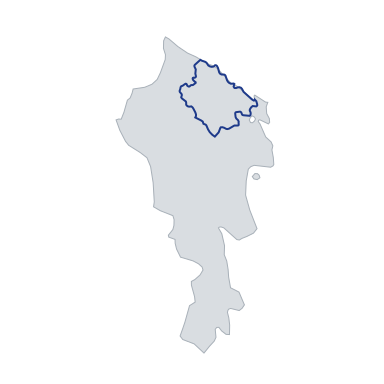 where Lori sits in Armenia, rotated 41°
{"feature_id": "ARM-1674", "entity_name": "Lori", "entity_type": "Province", "adm_level": 1, "iso_a3": "ARM", "parent_name": "Armenia", "parent_adm1": "", "projection": "natural_earth1", "projection_center": [44.445, 40.946], "detail": "medium", "context": "in_parent", "style": "outline", "palette": "blue", "viewbox_px": 384, "rotation_deg": 41, "n_neighbors": 0, "source": "natural_earth", "source_scale": "10m", "svg_char_len": 3656}
<svg xmlns="http://www.w3.org/2000/svg" viewBox="0 0 384 384"><g transform="rotate(41 192 192)"><path d="M172.7,228.4L170.0,224.2L156.6,210.5L144.1,200.0L135.6,195.7L127.0,196.2L113.6,198.3L108.7,197.4L97.1,192.8L87.4,187.4L88.7,185.1L90.8,183.5L88.3,176.4L83.0,165.1L83.6,161.5L81.9,156.6L80.0,152.9L87.6,144.0L91.1,136.9L91.9,129.9L89.9,122.7L84.9,109.6L81.9,105.8L76.2,102.3L71.4,96.5L70.2,92.4L74.2,91.6L86.0,91.5L97.4,90.1L106.4,87.4L119.3,85.1L124.6,83.1L130.9,82.1L149.8,84.3L156.9,82.6L178.1,82.3L178.7,81.5L175.8,78.7L175.8,77.7L188.5,75.9L190.4,74.6L192.1,79.0L196.9,83.8L202.1,85.8L204.9,88.5L205.0,90.5L195.8,93.0L195.2,94.2L195.8,95.4L198.6,96.0L211.5,102.1L218.8,102.3L222.7,104.1L224.7,107.8L230.8,112.7L235.7,117.6L236.0,119.2L235.1,121.7L221.4,131.1L219.7,134.4L219.5,137.8L225.6,148.0L234.5,159.2L247.4,167.7L265.1,177.0L265.4,182.7L262.6,189.5L260.2,194.1L259.2,197.2L257.0,198.5L239.4,198.2L236.7,199.4L235.6,200.7L235.5,201.8L241.8,203.9L251.8,211.2L257.5,218.2L263.5,221.3L270.2,226.9L275.5,232.2L283.9,239.0L293.1,236.7L305.6,242.8L306.1,246.9L305.4,250.5L297.6,254.5L296.6,256.2L296.7,257.6L297.7,259.6L302.3,262.8L307.7,267.7L313.8,275.0L311.1,277.1L305.5,277.4L301.1,276.5L299.5,278.0L299.6,280.4L305.4,285.9L306.6,289.9L306.4,296.9L306.7,305.7L293.3,305.2L281.8,309.4L277.5,308.5L274.6,301.1L272.1,295.0L264.7,279.4L266.6,273.0L262.6,269.3L252.7,262.7L250.2,259.9L251.6,256.2L252.5,249.3L251.5,243.7L248.9,242.0L244.0,241.9L238.0,243.3L226.1,248.7L217.8,245.2L213.0,241.8L210.3,238.9L204.1,241.3L202.5,240.1L202.2,232.9L200.3,229.1L196.6,224.6L193.1,222.4L180.4,226.9L172.7,228.4ZM192.2,100.1L192.6,97.5L192.0,95.2L189.9,94.5L187.4,95.1L187.2,97.7L188.0,100.1L190.6,101.2L192.2,100.1ZM233.1,139.9L230.2,141.5L227.4,140.8L227.4,136.8L229.4,135.2L231.7,135.3L233.9,136.7L233.1,139.9Z" fill="#d9dde1" stroke="#a8b0b8" stroke-width="1"/><path d="M176.6,82.8L178.6,82.5L179.4,81.5L179.1,81.1L181.0,81.3L183.6,83.0L184.4,83.8L184.5,84.4L184.3,85.3L181.4,87.3L181.1,89.3L181.4,91.3L181.8,92.3L182.4,92.8L183.8,93.4L184.6,94.0L185.5,95.3L185.7,96.0L185.5,96.7L180.5,100.3L179.7,100.7L179.0,100.7L176.9,99.6L175.8,99.7L175.4,100.0L172.9,102.8L172.7,103.4L172.8,103.9L173.1,104.4L175.7,106.8L177.2,107.5L179.7,107.6L181.1,108.3L181.7,109.2L182.9,110.3L183.3,111.1L183.1,111.6L181.6,113.0L180.7,113.7L180.3,114.2L178.4,119.9L177.5,121.2L176.5,121.9L173.9,122.5L172.4,123.2L171.3,124.3L171.4,125.2L173.0,129.5L172.9,135.2L169.8,135.5L166.2,135.2L163.0,134.2L159.1,132.3L158.1,132.2L155.9,133.0L153.9,131.8L152.0,132.0L145.6,133.6L145.2,132.1L144.1,130.8L142.2,129.7L138.1,128.1L136.9,127.8L135.8,127.8L135.2,127.9L134.4,129.0L133.0,130.0L131.6,130.2L130.8,130.1L130.2,129.8L129.1,128.5L128.0,127.7L122.9,128.0L121.7,127.6L121.0,125.9L120.4,125.2L119.9,124.9L117.2,124.5L116.6,124.1L116.2,123.6L115.7,122.2L114.7,120.5L114.5,119.8L114.5,119.2L115.2,118.0L115.8,115.4L116.2,114.4L116.9,114.1L118.9,114.9L120.1,114.7L120.6,114.4L120.9,113.9L121.1,112.2L121.4,111.7L122.3,110.9L122.6,110.4L123.2,107.3L122.8,106.8L121.1,106.9L119.3,106.7L118.3,106.2L117.9,105.7L117.8,105.3L118.1,104.7L118.8,104.3L119.3,103.5L119.4,102.8L119.1,102.1L116.9,100.5L114.4,97.0L111.7,95.8L111.0,95.2L110.8,94.7L110.7,94.2L111.6,86.8L113.4,86.4L116.5,85.1L118.1,84.9L121.3,85.8L123.0,85.5L124.5,84.8L125.7,83.6L126.1,82.7L126.3,81.1L127.3,80.5L128.1,80.5L130.2,81.3L133.9,83.8L135.3,84.3L137.1,84.0L137.8,83.5L139.0,82.4L139.9,82.1L140.9,82.2L145.0,84.6L146.7,85.2L148.4,85.3L150.3,84.8L152.3,82.8L153.1,82.7L154.3,85.2L155.8,85.6L157.0,84.7L157.9,83.1L158.9,81.9L160.6,81.2L162.1,81.4L165.3,82.6L176.6,82.8Z" fill="none" stroke="#1e3a8a" stroke-width="2"/></g></svg>